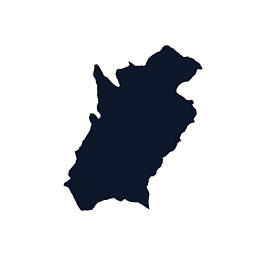 Lupeni, Hunedoara, Romania (Robinson projection), rotated 35°
{"feature_id": "2599482B30963415066220", "entity_name": "Lupeni", "entity_type": "district", "adm_level": 2, "iso_a3": "ROU", "parent_name": "Romania", "parent_adm1": "Hunedoara", "projection": "robinson", "projection_center": [23.198, 45.349], "detail": "fine", "context": "isolated", "style": "filled", "palette": "ink", "viewbox_px": 256, "rotation_deg": 35, "n_neighbors": 0, "source": "geoboundaries", "source_scale": "gbopen_adm2", "svg_char_len": 5674}
<svg xmlns="http://www.w3.org/2000/svg" viewBox="0 0 256 256"><g transform="rotate(35 128 128)"><path d="M190.7,181.8L186.5,177.3L186.1,176.4L185.5,175.3L184.9,174.2L183.7,172.4L183.4,171.5L183.3,171.0L182.8,170.3L182.0,169.5L181.0,168.8L178.8,167.6L177.6,167.3L176.9,166.0L175.6,165.6L175.2,164.8L176.3,163.8L176.3,163.3L175.3,162.0L175.1,160.1L174.2,159.5L173.6,158.5L173.8,157.4L173.7,154.3L176.0,152.3L176.6,149.9L176.2,148.2L175.3,147.1L175.3,146.0L175.5,144.4L175.4,143.0L176.3,141.6L176.2,140.0L175.7,138.9L175.7,136.9L175.1,136.2L174.6,135.8L174.6,135.0L174.2,134.1L173.1,133.7L172.9,132.8L173.0,131.7L174.4,129.3L174.8,126.9L175.2,124.8L174.9,124.0L175.3,123.9L176.0,122.1L176.7,121.7L177.3,120.8L177.8,117.9L177.2,113.9L176.3,112.6L174.8,111.3L176.9,111.3L177.0,108.6L177.8,108.4L176.7,107.7L176.0,107.4L175.7,106.9L175.3,106.2L175.2,105.9L174.9,105.1L174.9,104.2L174.4,103.3L174.0,102.3L174.5,101.9L174.9,99.7L175.6,98.9L175.7,98.2L175.3,94.1L174.6,93.0L175.7,88.4L178.3,85.0L175.8,83.5L175.8,80.4L175.6,77.4L172.8,74.5L168.5,73.8L165.5,71.5L166.9,70.6L166.8,70.1L166.0,69.4L165.0,69.0L163.8,69.3L163.8,70.1L162.0,71.2L160.7,71.9L158.8,72.2L157.8,71.8L156.4,71.6L154.4,71.6L154.0,71.7L153.0,71.7L152.5,71.8L150.6,72.0L147.0,71.7L145.7,70.3L144.6,67.9L144.4,64.1L144.8,62.2L145.5,60.4L146.4,58.3L147.4,57.3L148.3,56.3L149.5,55.6L149.6,55.0L150.0,54.6L150.3,54.0L150.5,52.3L150.8,51.4L150.8,50.0L151.0,47.9L151.4,47.3L151.7,45.2L151.3,43.4L150.2,39.9L150.6,39.6L151.1,39.1L151.3,38.6L152.1,38.3L152.9,38.2L153.7,37.7L154.2,37.1L152.8,36.3L151.7,36.0L151.1,35.5L149.5,34.8L148.8,34.8L148.1,34.7L146.9,34.7L145.9,34.9L145.0,35.3L143.8,34.8L142.2,34.4L141.7,34.6L139.7,34.9L139.4,35.2L138.5,35.8L136.9,35.7L136.1,35.9L135.9,36.1L135.6,36.5L135.2,37.2L134.8,37.4L134.3,37.9L133.7,38.3L133.2,38.9L132.5,39.0L131.9,38.7L131.1,38.4L130.7,38.7L130.2,38.6L129.0,38.7L128.3,38.6L127.5,38.3L126.9,38.1L125.9,38.1L125.3,38.3L124.7,38.3L124.3,38.2L123.1,38.3L122.2,38.0L121.1,38.0L120.3,37.6L119.8,37.6L119.6,37.6L119.1,38.0L114.5,38.1L113.6,38.0L112.9,38.6L111.7,39.5L111.3,40.0L111.4,41.3L110.8,42.0L110.7,42.8L110.9,43.0L111.1,43.0L112.5,42.7L112.4,42.9L112.3,43.7L112.1,43.9L111.4,44.4L110.9,44.8L110.7,45.2L110.7,45.5L110.8,46.3L110.6,47.2L110.5,47.9L109.2,49.2L108.8,49.9L108.3,51.1L108.1,51.7L107.7,53.0L107.3,53.9L106.9,54.0L106.4,56.0L105.7,58.8L105.6,59.9L106.1,62.5L106.2,64.2L106.5,64.7L106.5,64.9L106.9,65.6L107.0,66.0L107.0,66.3L106.8,66.9L106.1,68.1L105.8,68.5L105.7,68.8L105.4,69.0L104.2,69.3L103.8,69.5L103.6,69.8L103.3,69.9L102.7,70.6L100.6,72.1L99.7,73.0L98.7,73.5L97.9,73.7L97.3,73.7L95.9,73.6L92.5,73.4L91.7,73.5L92.2,74.0L93.9,74.5L93.6,77.2L93.7,77.3L93.9,77.3L94.0,77.4L93.8,77.8L93.7,78.4L93.1,78.2L91.6,80.3L91.2,81.2L89.9,82.9L89.6,83.4L89.0,84.0L86.1,86.4L86.2,87.0L86.6,87.9L86.7,88.6L87.1,89.4L87.2,90.2L87.3,90.4L87.8,90.7L88.1,91.1L88.3,91.3L89.1,91.8L90.0,92.6L90.3,92.8L91.8,93.4L93.1,94.3L94.0,94.7L94.5,95.1L94.8,95.8L95.0,95.9L95.6,96.0L95.9,96.3L96.3,96.4L97.1,96.4L97.3,96.5L97.1,97.0L97.3,97.2L97.5,97.3L97.7,97.5L97.7,98.3L97.8,99.6L97.9,100.0L96.7,100.7L94.4,101.1L91.1,101.2L86.6,100.4L82.9,99.3L81.5,99.2L80.2,99.6L78.3,99.7L77.3,99.2L74.6,97.5L73.3,97.2L71.1,96.0L68.0,94.6L65.7,94.6L65.3,95.8L65.7,96.7L66.7,97.7L67.5,99.4L67.9,100.4L68.0,101.0L68.4,101.7L68.7,102.6L69.7,104.1L70.2,104.6L70.6,104.8L73.5,106.0L74.1,106.4L75.3,107.5L76.2,108.6L79.1,110.4L79.6,111.0L79.9,111.9L80.1,112.2L80.5,112.5L80.8,113.3L82.0,114.5L82.5,115.4L83.8,117.0L84.2,118.0L84.4,118.5L85.0,119.1L85.6,119.4L85.9,119.7L86.4,120.1L86.8,120.5L87.5,120.8L87.9,121.3L88.1,121.9L88.5,122.5L89.2,122.7L89.4,122.9L89.6,123.3L89.7,123.6L89.7,124.0L89.9,124.4L89.9,124.9L90.2,125.9L90.3,126.5L90.5,127.4L91.9,129.3L92.6,130.1L93.3,130.7L93.7,130.9L96.6,131.6L97.9,132.2L98.7,132.7L99.1,132.9L99.3,133.3L99.4,133.9L100.0,134.5L100.4,135.3L100.9,135.7L101.4,135.9L101.6,136.1L101.0,136.5L100.0,136.4L100.1,136.5L99.9,137.5L99.6,138.4L99.0,138.3L98.4,138.1L96.0,137.5L95.1,137.1L93.8,136.9L92.2,136.6L91.7,136.6L91.3,136.8L91.0,137.0L90.5,137.6L89.5,138.2L90.2,138.7L90.3,139.1L90.3,140.5L90.7,141.4L91.3,142.0L93.8,143.9L95.9,144.5L97.1,146.6L97.6,148.5L98.9,151.3L99.2,157.6L99.6,162.7L99.0,164.7L100.1,167.3L100.7,170.0L100.3,170.6L99.9,171.5L100.7,172.7L100.4,174.4L98.8,177.7L104.3,182.2L105.0,185.1L105.8,187.1L104.9,196.8L106.6,200.3L108.9,200.9L111.5,202.4L110.0,204.3L109.7,206.9L108.7,208.1L108.2,209.7L108.8,211.3L110.2,210.8L110.6,210.7L112.1,210.3L113.2,210.4L113.7,210.5L115.3,211.0L116.6,211.6L117.5,212.3L118.7,212.9L120.9,213.8L121.8,214.2L124.3,215.9L125.7,216.3L127.5,217.4L129.1,218.4L131.4,219.7L133.4,220.5L134.8,221.0L135.9,221.4L136.5,221.6L137.0,221.6L137.3,221.5L137.9,221.2L138.6,220.2L139.6,219.4L140.0,219.2L141.5,218.4L142.3,217.7L143.3,216.6L144.3,215.8L144.6,215.5L144.8,215.2L144.8,214.9L144.8,214.5L144.7,213.8L144.8,213.0L145.1,212.3L145.1,212.1L145.1,211.5L144.9,210.5L144.8,209.0L145.0,208.4L145.3,207.7L145.3,207.3L145.3,206.8L145.3,206.4L145.4,206.1L146.5,204.3L146.8,203.9L147.4,203.3L148.0,202.1L149.5,200.0L150.2,199.3L150.8,198.9L151.5,198.3L151.7,198.1L152.0,197.4L152.2,197.1L152.5,196.7L153.5,195.3L154.0,194.9L154.5,194.6L155.0,194.3L155.1,194.1L155.2,193.6L155.4,192.7L155.6,192.4L157.4,192.4L160.0,192.6L163.3,191.9L163.8,191.6L164.2,191.1L164.4,190.5L164.7,189.7L164.8,189.1L164.7,188.4L164.7,188.2L165.0,187.8L165.4,187.5L165.9,187.2L168.6,187.2L169.8,187.0L172.8,186.2L173.4,185.8L174.7,185.0L175.3,184.6L177.2,183.4L178.3,182.5L178.8,182.3L179.4,182.3L180.1,182.4L181.1,182.3L182.6,182.0L184.8,182.0L185.9,181.8L188.6,182.0L189.8,181.8L190.7,181.8Z" fill="#0f172a" stroke="#020617" stroke-width="1.5"/></g></svg>